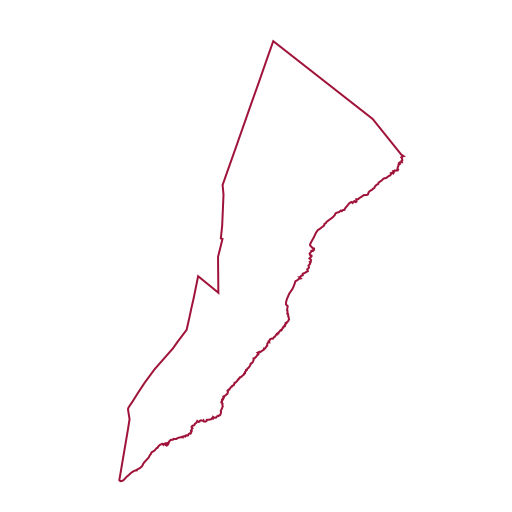 Alataua West, Vaisigano, Samoa (Albers equal-area conic projection), rotated 265°
{"feature_id": "51752279B81140789845654", "entity_name": "Alataua West", "entity_type": "district", "adm_level": 2, "iso_a3": "WSM", "parent_name": "Samoa", "parent_adm1": "Vaisigano", "projection": "albers", "projection_center": [-172.76, -13.559], "detail": "fine", "context": "isolated", "style": "outline", "palette": "rose", "viewbox_px": 512, "rotation_deg": 265, "n_neighbors": 0, "source": "geoboundaries", "source_scale": "gbopen_adm2", "svg_char_len": 4349}
<svg xmlns="http://www.w3.org/2000/svg" viewBox="0 0 512 512"><g transform="rotate(265 256 256)"><path d="M407.9,264.4L398.6,260.2L387.3,255.1L372.1,248.2L368.7,246.7L342.2,234.6L329.6,228.9L320.1,229.0L288.9,224.9L276.6,222.5L275.9,224.1L258.4,218.1L222.7,215.3L240.9,196.6L219.0,190.1L209.4,187.0L199.6,184.0L188.4,180.4L177.6,170.6L171.3,165.3L152.0,145.1L139.4,134.0L130.2,126.7L122.0,120.5L116.3,115.9L114.6,115.1L104.4,115.8L94.7,113.4L44.6,100.3L43.5,101.3L43.7,103.4L44.5,104.8L47.4,108.0L48.6,109.8L50.4,112.0L52.0,114.6L52.9,117.2L52.8,118.5L53.5,118.7L54.9,122.0L56.7,124.3L58.9,125.6L60.3,126.8L63.4,130.2L64.3,131.3L66.8,132.9L68.0,134.1L69.4,134.7L71.1,138.1L73.2,140.1L73.6,141.4L74.7,141.9L76.2,143.8L77.1,146.3L76.0,147.2L76.8,147.8L77.4,149.8L77.0,150.5L75.7,149.4L74.9,150.5L75.7,151.7L76.7,152.4L77.6,151.9L78.0,153.0L78.7,153.2L80.3,155.1L80.1,156.0L80.4,157.6L81.0,157.9L80.6,160.7L81.5,161.9L82.0,164.8L81.9,165.7L82.3,166.5L81.7,167.3L82.6,167.7L82.7,168.8L82.3,169.7L83.2,170.1L83.5,170.9L83.0,171.6L83.2,172.7L84.0,172.9L85.1,174.4L84.7,175.3L85.9,176.1L87.5,176.0L87.4,176.7L89.3,176.9L89.9,177.7L91.4,176.9L92.5,178.0L92.5,179.2L93.4,180.2L94.2,180.5L95.1,182.1L96.8,183.1L95.7,184.3L95.9,185.2L96.7,185.7L97.1,186.7L96.4,188.7L96.9,189.3L95.7,189.7L95.4,190.9L95.8,192.2L97.1,192.7L97.0,194.7L97.3,197.3L98.3,198.1L97.8,198.9L99.4,199.3L98.5,200.5L98.4,202.0L99.5,202.9L99.8,204.3L100.2,204.4L100.4,206.2L101.9,207.1L103.6,207.6L104.9,207.4L107.0,208.8L109.3,209.8L110.5,209.5L112.0,209.8L113.1,208.7L114.1,209.0L114.2,209.5L115.8,209.6L115.9,210.6L116.7,210.5L117.0,211.2L118.5,211.1L118.4,211.9L119.3,212.1L119.8,213.6L120.8,214.6L121.1,215.4L123.2,216.3L124.2,215.8L125.4,217.1L125.2,217.8L127.3,219.3L128.1,220.8L128.8,221.0L129.3,222.7L131.6,223.6L131.5,224.3L133.4,226.7L134.3,227.0L134.7,228.0L135.4,228.1L136.1,229.4L136.6,229.5L136.9,230.9L137.8,231.8L138.9,233.6L139.8,233.8L140.1,234.9L141.4,234.9L142.3,236.0L143.3,236.1L143.4,237.1L144.6,237.6L145.2,238.7L146.6,240.0L148.5,241.2L149.3,241.3L149.6,242.4L150.7,243.6L152.5,244.5L154.2,244.6L154.2,245.8L155.3,246.7L155.4,247.2L157.5,248.9L157.6,249.7L158.5,250.1L159.5,249.1L160.3,251.1L159.9,251.8L161.1,253.8L161.9,255.6L163.2,255.9L163.1,257.0L165.4,258.8L165.6,259.4L167.5,259.5L168.9,260.6L168.8,261.6L170.0,261.2L170.4,262.2L171.7,262.5L172.4,264.3L172.2,264.7L172.1,265.6L173.5,266.7L173.6,267.4L176.4,269.7L176.1,270.4L176.9,270.6L177.0,271.6L177.8,271.6L178.2,272.4L180.1,274.1L179.7,274.8L180.6,275.5L182.4,276.5L182.3,277.0L183.5,277.5L183.4,278.5L184.2,279.0L185.3,278.9L186.1,280.3L186.8,279.9L187.7,281.7L188.4,282.4L190.3,283.5L191.5,283.1L192.9,283.2L193.3,282.8L195.4,282.9L195.9,282.1L196.8,282.5L199.0,282.5L199.3,282.2L203.3,283.2L205.0,281.7L205.6,281.6L208.0,282.1L210.3,283.0L215.4,285.7L217.1,287.0L219.4,289.0L221.6,290.4L225.5,292.3L227.5,293.1L227.9,294.4L229.7,297.2L229.8,298.5L231.1,297.3L231.2,298.4L232.4,299.3L232.7,300.9L234.3,301.0L235.1,303.8L235.5,304.1L236.3,306.3L238.3,305.9L238.7,306.7L240.0,307.8L242.0,307.5L243.2,309.0L244.0,309.0L244.5,309.6L245.4,309.2L245.5,310.0L247.2,310.5L249.0,309.0L250.0,310.4L251.0,311.4L251.7,311.3L251.9,310.1L253.7,309.6L255.2,311.1L256.2,311.5L256.0,312.9L256.8,312.9L257.0,314.3L258.4,314.5L259.1,313.0L261.8,310.8L262.5,310.8L264.5,311.8L269.8,315.4L274.0,317.8L276.5,319.9L277.1,321.3L280.4,326.5L281.9,326.9L282.6,328.4L283.7,329.1L285.5,331.9L287.2,334.8L288.5,336.6L290.1,338.2L291.4,338.8L291.9,339.6L292.6,342.8L293.8,344.2L293.2,345.4L294.1,346.1L294.2,348.1L295.5,348.7L300.4,353.5L301.5,355.6L300.4,356.8L301.6,357.7L302.1,358.8L301.0,359.7L301.2,360.6L301.8,361.0L303.8,360.8L303.7,362.9L304.4,363.5L305.7,366.0L307.3,368.8L307.1,371.7L307.7,373.0L309.8,373.8L311.2,375.7L311.9,377.6L312.7,378.1L313.4,379.8L314.7,380.4L316.3,382.1L317.1,384.0L318.4,384.5L320.3,387.8L321.7,389.4L322.3,390.6L322.2,392.2L324.1,395.2L324.6,396.7L325.7,397.6L326.8,397.5L327.1,398.8L326.2,399.8L327.2,400.6L328.6,400.1L328.6,401.4L329.1,401.7L328.8,402.9L329.1,403.5L328.9,404.6L329.7,405.1L330.6,404.5L332.7,405.2L333.6,405.9L334.7,405.9L335.2,407.3L336.2,406.6L336.8,407.5L336.7,409.6L338.3,409.3L338.7,410.1L340.7,410.0L341.6,409.3L342.4,410.2L342.6,411.7L344.4,409.5L382.3,384.2L468.5,291.9L451.8,284.3L428.4,273.8L407.9,264.4Z" fill="none" stroke="#9f1239" stroke-width="2"/></g></svg>